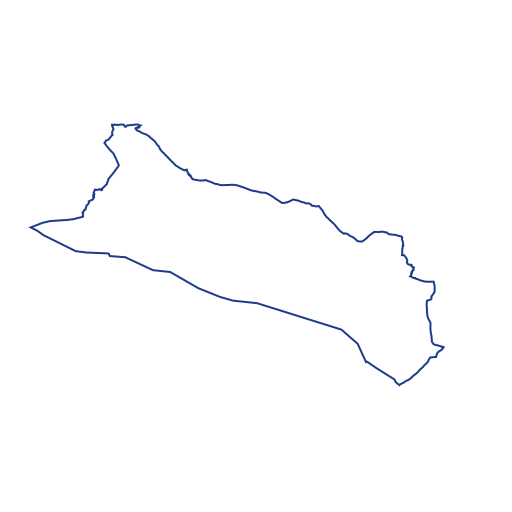 Marker nor, Østfold, Norway (Mercator projection), rotated 121°
{"feature_id": "86288312B28275954576976", "entity_name": "Marker nor", "entity_type": "district", "adm_level": 2, "iso_a3": "NOR", "parent_name": "Norway", "parent_adm1": "Østfold", "projection": "mercator", "projection_center": [11.622, 59.488], "detail": "fine", "context": "isolated", "style": "outline", "palette": "blue", "viewbox_px": 512, "rotation_deg": 121, "n_neighbors": 0, "source": "geoboundaries", "source_scale": "gbopen_adm2", "svg_char_len": 5981}
<svg xmlns="http://www.w3.org/2000/svg" viewBox="0 0 512 512"><g transform="rotate(121 256 256)"><path d="M253.1,54.3L249.9,49.7L248.6,50.1L245.5,50.6L244.0,50.2L242.2,49.3L241.3,48.7L237.6,48.2L237.7,48.7L237.6,48.8L237.7,49.4L237.9,49.6L237.9,49.9L238.0,50.0L237.9,50.1L238.2,50.8L238.3,51.4L238.4,51.5L238.5,52.4L238.9,53.5L239.3,55.0L239.3,55.4L239.5,55.6L239.6,56.0L239.7,56.3L239.7,56.5L240.1,57.5L240.0,58.6L239.1,60.6L238.4,61.5L236.9,62.3L235.7,63.4L234.6,64.0L231.4,67.0L230.2,67.7L228.6,69.0L223.6,71.9L222.6,73.2L221.2,75.7L220.1,77.1L218.6,78.6L217.0,79.7L216.2,80.5L212.5,82.7L212.1,83.1L211.6,83.3L211.1,83.9L208.5,85.4L206.4,86.3L206.2,86.4L203.6,84.0L202.8,83.6L202.2,83.6L201.4,84.0L200.8,84.7L200.1,84.8L198.4,84.6L195.9,84.5L195.1,84.3L190.0,87.2L189.3,87.7L188.1,89.2L186.5,90.5L189.3,95.0L189.9,96.0L190.2,96.8L190.8,97.7L191.8,100.9L192.3,103.2L192.6,104.1L192.4,105.2L192.8,106.0L193.1,107.0L192.8,108.0L193.3,108.3L193.7,109.9L193.8,110.4L193.7,112.1L193.8,112.9L193.9,113.4L192.9,113.2L191.1,113.4L190.9,114.0L190.1,113.7L189.7,114.1L189.5,114.4L189.0,114.4L187.6,113.9L187.0,114.0L186.9,113.8L186.6,113.9L186.7,114.3L185.8,114.3L184.4,114.9L184.4,115.2L185.0,115.7L184.8,116.2L184.7,117.4L184.2,118.1L183.5,118.1L183.5,118.5L184.3,119.6L184.8,121.4L183.9,123.3L183.1,123.5L182.0,124.0L181.5,124.4L180.7,125.6L180.2,126.5L180.0,126.9L179.5,128.1L179.2,129.5L179.2,130.0L180.1,131.3L179.0,131.7L178.1,132.2L174.6,134.3L171.3,135.1L171.0,135.3L171.3,135.6L170.4,135.9L169.1,136.7L167.7,138.0L166.8,139.3L164.7,140.3L164.4,140.9L164.4,141.2L164.5,141.8L164.9,143.0L165.3,143.9L165.6,145.6L166.2,147.5L168.8,153.1L168.9,153.7L168.5,155.5L168.5,156.0L168.7,156.5L168.8,156.7L168.8,157.2L169.3,157.7L169.5,158.4L169.5,159.0L171.2,162.0L171.7,162.6L172.2,162.9L173.6,165.7L173.9,166.1L174.5,166.8L174.6,167.2L176.1,167.7L177.4,168.4L180.4,169.5L182.2,170.0L183.3,170.1L184.0,170.5L185.2,170.8L188.8,172.4L189.6,173.6L190.9,176.3L191.0,176.9L190.3,179.3L190.2,180.5L190.0,181.9L190.0,183.5L190.4,185.4L190.1,188.3L190.1,189.5L190.9,191.7L191.6,192.0L191.5,195.8L190.6,199.3L188.4,205.3L187.4,210.4L186.4,214.2L186.3,215.6L185.6,217.1L185.4,218.0L183.7,220.8L182.9,222.2L180.8,228.0L182.6,230.0L182.8,230.7L183.0,231.8L183.4,232.8L183.8,233.1L184.1,233.8L183.6,235.4L183.6,237.5L184.1,238.7L185.2,240.1L185.4,242.4L186.0,244.1L186.3,245.2L186.3,245.7L186.4,246.0L186.7,248.2L186.9,248.5L186.9,248.9L187.0,249.0L187.4,250.1L187.9,251.7L188.3,252.5L188.5,253.3L189.0,253.7L190.2,254.3L193.9,256.8L194.2,257.6L195.4,258.4L197.1,261.0L197.0,263.7L196.9,266.4L196.9,267.2L196.5,273.1L196.6,276.0L196.5,277.0L196.8,279.6L197.4,281.4L199.1,284.6L200.1,288.2L201.4,291.5L202.3,294.2L202.6,296.3L203.0,298.4L203.1,298.5L203.5,301.3L205.1,308.5L206.0,310.9L206.9,312.5L207.9,314.2L208.8,315.4L212.9,321.8L213.6,323.2L214.4,326.5L215.3,328.5L215.7,332.1L216.5,336.2L216.7,338.0L218.1,339.7L219.8,342.2L220.9,344.5L222.9,350.1L222.3,350.9L222.2,351.5L221.5,352.5L221.5,352.8L221.4,352.8L221.4,353.1L221.2,353.1L221.3,353.6L221.1,353.9L221.1,354.1L221.0,354.4L220.7,354.5L220.8,354.7L220.6,354.7L220.6,355.0L220.6,355.4L220.3,355.8L220.2,356.0L220.3,356.2L220.1,356.4L220.2,356.6L219.9,356.7L220.0,356.7L219.9,357.1L219.3,357.7L218.8,358.8L218.1,359.7L218.0,359.9L217.9,359.9L218.2,360.3L218.2,360.5L218.4,360.8L218.7,360.8L219.1,361.4L219.3,361.4L219.6,361.6L219.7,365.1L219.9,366.2L219.7,369.5L219.8,371.1L219.2,373.5L218.8,374.5L218.4,376.9L217.7,379.3L215.7,387.0L215.4,387.4L215.4,388.1L214.9,390.4L213.8,393.3L212.9,394.5L212.1,395.8L211.6,397.8L211.2,398.9L209.8,401.9L209.6,402.8L208.9,407.8L208.8,408.0L208.4,409.7L208.5,410.9L208.3,412.0L208.9,415.0L209.2,417.1L209.3,418.6L209.2,419.9L209.7,423.0L208.9,424.0L208.8,424.5L208.9,424.8L208.7,425.0L208.0,424.8L207.4,424.2L207.2,424.1L207.2,423.7L206.9,423.6L206.7,423.8L206.4,423.7L206.3,423.3L206.4,423.2L206.3,422.7L205.6,422.9L205.4,422.6L205.1,423.0L204.9,422.9L205.0,422.7L204.9,422.6L204.2,422.5L203.7,422.3L203.9,422.8L204.1,424.5L204.8,426.2L207.1,429.1L210.5,433.8L211.2,434.0L212.0,434.0L212.6,434.6L212.5,435.3L211.7,436.8L211.6,437.2L213.2,440.0L214.5,441.4L215.4,442.9L216.0,444.5L216.3,445.1L217.2,445.4L217.4,445.6L217.4,446.6L217.5,447.0L218.0,446.9L218.2,446.7L218.7,446.2L220.0,444.3L220.9,443.4L222.6,443.4L224.1,443.0L224.6,442.8L226.3,441.3L226.7,441.6L227.8,441.8L231.9,442.3L232.5,442.6L234.4,444.1L235.2,443.9L237.1,444.2L238.8,440.1L240.3,435.7L241.6,430.8L242.4,429.8L244.9,425.8L246.3,424.0L248.4,420.8L249.2,420.2L250.9,420.3L258.9,421.1L266.2,422.2L266.8,421.7L269.1,421.5L271.3,420.9L277.3,422.5L277.6,422.8L277.9,422.8L278.0,422.5L278.3,422.3L278.5,422.1L278.7,422.4L279.0,422.3L279.3,422.5L279.3,423.3L279.1,423.7L279.0,424.0L279.1,424.3L279.8,425.0L280.0,425.0L280.4,425.3L281.1,426.1L281.7,427.3L281.8,427.7L282.1,428.3L284.6,427.8L285.1,428.0L286.1,426.5L286.4,426.3L286.8,426.4L287.0,426.9L287.3,427.0L288.2,426.8L288.3,426.7L288.1,426.2L288.1,425.8L288.3,425.6L289.0,425.6L288.9,425.1L289.2,424.9L290.2,425.2L291.2,424.9L291.7,425.0L294.7,427.2L295.3,427.5L295.6,427.0L296.5,426.6L298.4,426.7L298.5,426.8L300.4,427.3L301.2,426.8L303.6,426.4L304.0,426.1L304.2,426.5L305.0,427.0L305.7,426.7L307.0,426.7L307.7,427.1L308.0,427.2L308.3,426.9L308.4,426.6L308.5,426.3L308.9,426.0L309.3,426.0L310.2,425.4L310.8,424.8L311.4,424.6L312.0,425.0L316.9,430.0L318.7,431.5L319.6,433.0L322.5,436.6L326.7,442.8L332.3,450.7L337.6,456.1L347.5,463.8L347.0,456.4L347.6,448.9L344.7,413.0L340.3,403.0L330.0,384.2L329.9,383.2L330.6,382.4L331.3,381.4L331.0,380.6L324.4,367.4L321.2,337.0L313.9,321.3L313.3,288.9L309.6,265.7L306.1,252.7L295.9,230.8L275.1,144.8L278.9,123.6L284.5,115.5L290.3,107.0L289.4,106.5L290.1,95.1L290.5,73.8L292.2,71.1L292.8,66.6L292.3,66.6L287.7,63.8L286.1,63.2L285.3,62.8L284.2,61.8L282.9,61.1L281.1,60.4L277.1,59.3L275.1,58.4L271.5,57.3L269.1,57.0L265.2,55.7L262.6,55.4L260.4,54.6L259.1,54.4L258.3,54.2L255.6,54.5L253.1,54.3Z" fill="none" stroke="#1e3a8a" stroke-width="2"/></g></svg>